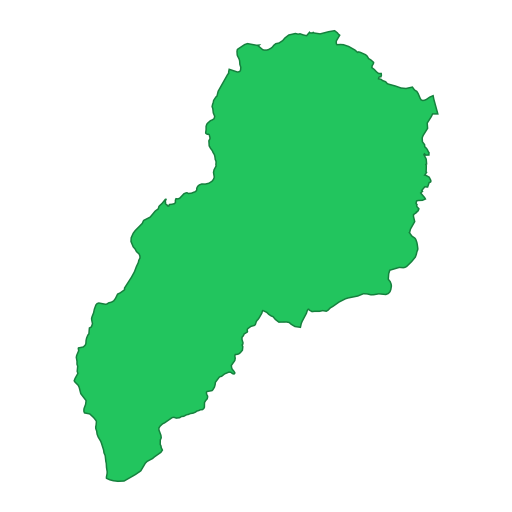 Finis, Bihor, Romania (Mercator projection)
{"feature_id": "2599482B59460374460449", "entity_name": "Finis", "entity_type": "district", "adm_level": 2, "iso_a3": "ROU", "parent_name": "Romania", "parent_adm1": "Bihor", "projection": "mercator", "projection_center": [22.253, 46.612], "detail": "fine", "context": "isolated", "style": "filled", "palette": "green", "viewbox_px": 512, "rotation_deg": 0, "n_neighbors": 0, "source": "geoboundaries", "source_scale": "gbopen_adm2", "svg_char_len": 5980}
<svg xmlns="http://www.w3.org/2000/svg" viewBox="0 0 512 512"><path d="M106.5,478.3L109.8,479.8L113.2,480.7L117.9,481.3L124.1,481.0L135.6,474.4L140.8,470.8L145.3,463.2L147.1,461.4L152.7,458.4L154.4,456.9L160.9,452.3L162.4,450.1L161.2,447.6L161.0,446.1L160.2,444.3L160.3,439.8L160.9,438.7L161.2,437.6L160.9,435.3L158.9,429.9L158.9,429.1L158.9,428.0L160.1,426.1L162.6,423.8L164.5,422.9L172.1,417.6L173.9,417.3L176.3,418.1L179.6,417.7L181.5,416.5L183.7,416.3L186.7,414.7L188.2,414.5L190.2,413.6L193.2,413.1L195.3,412.2L197.1,411.0L199.0,410.5L200.2,409.8L202.5,409.6L203.1,409.1L203.9,408.3L204.4,407.2L204.5,402.5L205.7,400.5L207.2,398.8L207.6,397.1L207.6,396.1L206.7,394.5L206.4,392.7L206.5,392.1L207.1,391.5L212.0,390.6L212.8,389.8L214.4,387.2L215.1,384.7L215.4,382.3L219.1,377.3L219.9,376.7L221.6,376.3L224.6,373.9L228.9,372.1L230.8,372.3L232.5,373.6L233.4,373.9L234.2,373.9L234.7,373.4L234.8,372.7L233.7,371.0L232.2,369.2L231.7,368.0L231.3,365.5L234.8,360.5L235.2,358.3L234.8,355.9L235.3,354.5L236.9,354.4L238.7,353.9L240.3,352.7L242.4,350.2L242.8,346.7L242.1,345.0L242.7,344.3L243.0,342.9L242.0,339.5L242.0,337.3L243.4,335.7L244.1,334.0L247.3,332.0L247.5,331.4L247.2,330.3L247.3,329.5L247.8,328.6L250.9,326.4L254.4,325.4L255.3,324.6L256.2,321.8L257.0,320.4L257.8,319.7L259.1,317.9L261.8,313.2L262.5,310.8L262.9,310.5L266.8,312.4L268.7,314.3L271.1,315.9L273.1,316.7L275.3,319.4L278.8,322.1L286.6,322.0L289.2,322.5L291.1,324.2L294.9,326.5L300.4,327.3L301.2,323.7L302.1,321.4L306.4,313.3L307.3,310.4L308.0,309.4L308.7,309.2L309.4,310.1L312.0,311.6L314.7,311.3L319.5,311.3L322.7,310.6L326.3,311.2L327.9,310.3L330.4,307.8L332.7,306.5L339.1,302.0L345.4,298.8L347.9,298.0L357.8,296.0L363.4,293.7L367.2,293.9L370.9,294.8L373.8,294.7L378.8,293.8L385.8,294.5L388.1,293.6L389.4,292.4L390.0,291.6L390.8,289.5L391.4,286.0L391.1,284.1L390.2,281.7L388.4,279.4L388.3,278.8L388.7,273.6L389.8,270.2L399.3,267.4L403.2,267.7L404.8,267.4L406.6,266.5L411.6,261.6L415.3,257.1L416.3,254.4L416.9,251.7L417.7,249.8L417.8,248.5L417.3,244.7L416.8,242.3L415.7,239.3L414.8,238.1L412.0,236.2L409.3,232.6L409.8,232.1L409.8,231.6L410.5,229.0L414.7,221.6L413.5,216.6L413.5,214.6L416.6,212.4L416.4,212.0L418.0,211.0L418.7,209.5L418.4,209.2L418.8,208.7L416.8,206.5L416.7,205.3L417.0,204.6L416.0,203.4L416.6,200.9L418.1,200.5L422.4,200.3L425.4,199.0L424.6,197.6L420.7,193.0L422.5,191.3L421.8,190.4L424.8,186.8L427.6,187.0L429.2,182.5L430.2,182.2L430.8,181.7L430.8,180.4L429.2,177.2L426.0,175.4L424.7,175.1L426.6,172.3L426.0,171.6L426.2,170.2L426.3,165.6L425.8,164.4L426.6,164.0L426.2,159.1L423.9,154.6L424.4,153.8L425.8,155.1L428.9,155.0L429.0,152.6L428.4,151.9L427.4,149.8L426.4,148.3L424.7,146.7L424.6,144.7L422.4,141.8L422.2,137.8L423.1,135.5L427.6,128.3L427.2,123.1L431.3,116.6L432.6,113.9L437.8,113.9L433.8,99.2L433.1,95.7L429.8,97.1L426.3,99.5L424.3,100.3L422.7,100.5L421.1,99.9L420.2,98.4L418.1,93.5L416.8,91.4L414.5,90.0L412.4,87.1L406.0,88.5L401.0,88.0L395.3,86.0L388.4,84.1L387.2,83.6L386.1,82.2L385.1,81.5L382.6,80.6L381.0,79.3L378.5,78.8L378.9,77.4L379.4,76.9L380.9,76.8L381.4,75.3L381.2,73.5L378.6,73.5L376.5,71.9L374.3,69.5L371.8,67.6L372.0,67.0L372.1,65.8L373.4,63.6L373.6,62.4L370.8,59.9L368.6,58.6L367.2,56.2L366.5,55.5L365.5,54.7L360.4,52.4L358.6,51.9L357.6,52.4L354.9,50.0L348.7,46.5L343.4,44.7L340.4,44.5L337.0,44.7L336.4,43.9L336.2,42.0L336.4,40.8L339.7,35.2L338.3,34.1L337.4,32.9L334.6,30.7L328.7,31.7L320.1,33.9L314.0,33.0L313.2,32.4L312.4,33.0L309.9,32.9L309.5,32.3L306.6,35.7L303.5,35.0L300.0,33.8L298.1,34.2L295.4,33.5L288.8,35.0L284.9,38.0L282.7,40.6L279.1,43.0L275.8,43.7L273.8,45.3L272.4,47.1L271.0,48.2L268.5,49.6L266.6,50.1L264.2,50.1L262.7,49.7L258.2,45.9L259.1,45.1L256.7,45.3L247.5,43.6L244.6,44.6L237.7,49.2L237.3,49.7L237.0,51.4L237.2,54.7L237.4,55.6L239.1,59.0L239.6,60.7L239.9,64.4L240.8,67.3L240.6,69.8L240.3,70.8L239.4,71.6L237.7,72.1L229.2,69.3L228.6,72.2L228.7,73.4L227.8,74.2L218.2,91.2L217.0,96.0L215.9,97.0L213.6,100.5L213.2,102.9L212.7,104.0L212.1,106.6L212.8,108.6L213.3,112.9L214.7,116.3L214.1,118.7L212.3,119.9L210.4,120.7L207.8,123.0L206.8,124.2L206.1,126.4L206.1,129.6L205.7,132.8L205.9,133.4L207.3,134.3L208.4,134.2L209.2,134.6L210.1,138.2L209.6,139.5L209.0,140.4L208.9,141.1L209.2,145.9L210.7,148.6L211.7,149.8L212.7,151.5L213.0,152.4L214.4,154.7L214.9,156.6L215.3,159.7L215.7,160.3L216.1,161.9L215.9,164.6L216.1,166.0L214.1,169.7L213.5,172.4L214.3,177.2L213.5,179.3L212.1,181.2L209.0,183.2L205.3,184.1L201.7,184.0L199.4,184.9L198.1,185.9L197.1,187.4L196.7,188.8L196.8,189.8L196.2,190.9L194.6,192.1L193.8,192.2L191.5,193.2L188.3,193.5L187.1,192.8L186.3,192.8L184.0,193.7L179.6,198.3L177.7,198.9L176.0,198.7L175.4,200.2L175.4,202.6L174.3,203.7L171.8,204.3L169.4,204.5L168.9,205.9L168.2,206.1L167.5,205.8L167.4,205.3L166.0,204.3L165.3,203.1L165.6,202.2L165.2,201.4L166.0,199.4L165.4,199.3L162.2,203.3L159.4,205.9L158.9,206.6L158.3,208.8L155.2,211.1L150.2,217.1L143.9,220.3L143.4,220.9L142.3,223.4L135.2,230.6L133.2,233.3L131.2,237.8L131.0,241.5L133.2,246.8L135.1,249.0L136.5,251.6L139.1,254.0L139.9,255.9L140.0,258.0L138.8,260.3L138.3,262.6L136.4,266.6L134.5,271.7L131.5,277.2L124.5,288.1L124.6,289.4L124.1,290.1L120.2,292.9L117.6,294.1L115.5,298.4L113.7,300.9L111.4,302.2L108.8,302.8L106.7,304.1L105.6,304.3L98.8,303.0L97.1,303.6L95.9,305.0L94.4,309.1L93.6,312.8L92.1,316.6L91.6,318.4L91.7,319.9L92.5,323.7L91.4,326.9L89.4,328.0L88.9,333.9L87.9,335.0L86.6,338.1L86.1,340.4L85.9,343.6L85.2,345.2L83.3,347.0L78.5,347.9L78.3,348.5L78.7,350.7L76.7,355.4L76.3,357.3L77.0,361.2L77.0,364.3L77.7,366.2L77.2,371.3L77.9,373.4L75.1,378.4L74.2,380.8L75.1,382.2L78.2,385.3L79.2,387.4L80.8,393.7L86.1,400.6L85.6,404.4L84.1,408.4L83.9,409.7L83.9,411.3L84.5,412.9L89.7,413.9L93.7,417.6L96.2,420.8L96.4,421.9L96.1,425.1L95.7,426.9L95.8,428.6L96.7,431.1L97.1,434.1L98.2,437.0L100.7,441.2L101.5,443.3L103.6,450.0L104.0,452.8L105.2,455.6L105.8,461.1L106.3,463.5L106.5,467.4L107.2,471.8L107.1,473.6L106.4,477.2L106.5,478.3Z" fill="#22c55e" stroke="#15803d" stroke-width="1.5"/></svg>